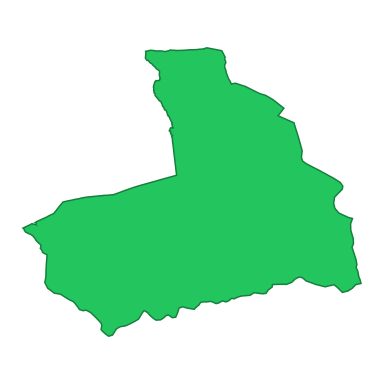 Naidas, Caras-Severin, Romania
{"feature_id": "2599482B94833013529411", "entity_name": "Naidas", "entity_type": "district", "adm_level": 2, "iso_a3": "ROU", "parent_name": "Romania", "parent_adm1": "Caras-Severin", "projection": "equal_earth", "projection_center": [21.557, 44.883], "detail": "fine", "context": "isolated", "style": "filled", "palette": "green", "viewbox_px": 384, "rotation_deg": 0, "n_neighbors": 0, "source": "geoboundaries", "source_scale": "gbopen_adm2", "svg_char_len": 4939}
<svg xmlns="http://www.w3.org/2000/svg" viewBox="0 0 384 384"><path d="M342.4,292.4L347.9,291.0L352.2,288.3L355.8,284.6L361.0,283.5L360.6,281.8L360.2,280.2L359.6,278.6L358.9,277.0L357.8,271.2L356.1,267.5L356.9,264.6L356.0,259.5L352.0,247.2L353.5,243.7L353.2,238.4L350.8,230.3L350.6,223.8L352.5,218.5L348.5,217.5L338.8,213.0L334.9,208.4L333.6,203.3L334.6,197.1L342.3,189.2L342.8,186.1L340.3,182.5L333.9,178.4L326.9,174.6L320.0,170.8L312.9,167.2L305.9,163.5L302.5,160.9L301.4,157.2L302.2,151.0L300.3,143.9L298.3,136.8L296.1,129.8L293.9,122.7L289.4,120.8L278.1,115.8L283.9,108.2L272.6,99.4L265.5,95.3L259.7,93.6L252.6,90.1L245.5,86.5L240.4,84.9L237.8,84.0L235.3,83.2L231.2,84.0L230.7,82.5L230.5,81.9L229.5,80.3L228.5,78.6L227.8,76.7L226.4,73.1L225.9,70.4L224.8,67.5L224.6,65.1L225.7,63.2L225.7,61.5L224.7,59.0L224.7,57.7L225.2,57.3L221.8,50.7L206.8,47.8L203.1,49.0L198.9,49.3L196.5,49.6L187.9,49.9L185.7,50.2L180.7,50.4L177.5,50.5L175.4,50.4L170.0,50.0L169.5,50.5L167.7,51.0L164.4,51.6L162.2,51.0L159.2,50.9L156.9,51.0L150.9,50.2L145.6,51.3L145.9,52.6L145.9,54.2L145.6,55.5L145.4,58.2L146.8,60.3L148.0,60.4L150.1,62.8L152.2,64.1L153.0,65.3L154.6,66.6L156.6,69.0L157.9,69.7L158.9,70.5L159.5,71.1L159.5,72.3L159.3,75.1L159.7,76.7L160.3,78.8L159.5,79.2L159.4,80.0L159.5,80.3L158.7,80.6L157.9,80.8L157.1,80.6L156.5,80.8L155.9,80.6L154.8,81.9L154.6,83.1L154.3,83.5L153.5,86.5L153.4,87.2L153.8,88.0L153.8,88.4L153.7,89.0L153.7,89.6L153.7,90.0L153.7,90.5L154.2,90.9L153.9,91.6L154.1,92.8L154.3,93.2L155.1,93.7L155.0,94.3L155.2,94.8L155.1,95.3L155.4,95.9L155.6,96.2L156.2,96.7L157.3,98.1L157.9,98.9L158.2,99.1L159.1,100.5L159.5,100.9L159.9,101.1L160.3,101.3L160.6,101.5L160.8,101.7L161.1,102.0L161.4,103.1L161.6,103.4L162.0,103.9L162.2,104.3L162.3,104.6L162.2,105.1L162.3,105.4L162.6,105.9L162.9,106.5L163.5,107.1L164.1,108.0L164.1,108.3L164.1,108.8L164.2,109.1L164.8,109.8L165.5,110.3L166.1,110.6L166.3,110.7L166.4,111.1L166.6,111.6L166.8,112.0L166.9,112.3L166.9,112.8L167.2,113.5L167.6,114.4L167.5,115.0L168.2,115.3L168.2,116.0L168.9,116.5L169.3,117.2L170.4,119.7L170.7,120.2L171.1,121.2L172.1,122.6L172.1,122.8L171.8,123.4L171.7,123.7L171.7,123.9L172.2,124.3L172.3,124.6L172.1,125.5L172.3,126.1L172.3,126.5L172.5,126.9L173.0,127.2L173.1,127.3L173.1,127.6L173.1,127.9L173.0,128.1L172.9,128.2L171.6,127.8L171.1,127.8L170.9,127.8L170.3,128.2L170.2,128.4L170.1,128.7L170.0,129.6L170.0,130.0L169.8,130.2L169.4,130.3L169.3,130.6L169.3,130.8L169.4,131.0L169.7,131.3L170.0,131.6L170.6,131.7L170.7,131.9L170.7,132.5L170.6,132.9L170.6,133.1L170.7,133.3L171.2,133.6L171.2,133.8L171.3,133.9L171.1,134.3L171.1,134.7L171.4,135.1L172.4,135.3L172.5,135.4L172.6,135.6L172.5,135.9L171.8,136.7L171.7,136.8L171.7,137.1L172.1,137.8L172.4,138.6L172.5,139.2L172.4,139.7L172.5,140.4L172.4,141.2L172.5,141.3L173.2,146.2L174.3,156.0L175.1,162.7L176.1,171.2L176.6,175.2L174.7,175.8L164.1,178.7L143.6,184.5L139.6,185.6L135.0,187.0L126.8,189.8L117.6,193.2L113.4,194.7L109.7,195.0L107.0,195.3L105.0,195.3L86.9,197.1L83.2,197.7L78.9,198.7L75.3,199.3L71.9,200.1L66.9,201.1L63.0,202.0L60.7,204.8L59.1,206.6L56.1,210.6L55.3,211.5L53.9,213.4L51.4,214.6L48.5,216.0L46.4,217.2L36.8,221.5L35.5,222.4L36.0,222.4L36.3,222.7L35.8,224.5L36.0,224.8L34.6,224.3L33.8,224.2L32.7,224.1L32.1,223.6L30.6,224.4L30.2,224.7L26.5,226.4L23.0,228.1L24.0,228.8L24.1,229.8L24.9,231.1L25.4,231.9L26.1,232.4L27.1,232.7L28.4,233.6L29.3,233.9L30.2,234.1L31.1,234.7L32.3,235.5L33.2,236.3L34.1,237.5L35.2,238.8L36.0,240.4L36.7,241.1L37.5,241.9L38.8,243.2L40.4,244.5L40.7,245.2L41.0,245.6L40.8,247.0L40.3,248.4L41.3,249.5L42.1,250.6L42.3,251.9L43.1,252.8L43.7,253.1L44.2,253.5L46.0,254.1L47.1,255.1L46.9,257.0L46.4,263.6L46.0,270.2L45.9,276.8L44.8,282.5L47.7,288.2L54.4,293.2L60.5,294.2L69.0,299.6L73.4,301.7L75.1,303.5L76.6,305.5L78.1,307.4L79.4,309.5L83.1,310.7L86.2,310.2L90.6,312.5L93.3,315.1L96.0,317.7L98.6,320.4L101.1,323.2L101.8,325.1L101.1,329.7L102.8,331.5L104.7,333.3L106.6,334.8L108.7,336.2L112.5,335.1L116.4,328.9L119.9,326.8L125.7,325.8L129.0,324.3L132.2,322.7L135.4,321.0L138.5,319.2L142.2,313.0L144.1,310.6L147.5,312.5L148.4,313.6L149.3,314.7L150.3,315.7L151.4,316.7L152.5,317.6L153.6,318.5L154.8,319.3L156.0,320.1L160.5,319.9L162.1,318.9L163.6,317.9L165.0,316.7L166.4,315.4L168.5,315.0L172.3,317.7L175.7,317.2L176.7,314.9L177.6,312.7L178.4,310.3L179.1,308.0L182.9,306.8L187.0,308.1L194.3,309.3L195.3,308.1L196.4,307.1L197.6,306.0L198.8,305.1L200.6,302.4L203.3,301.8L205.1,301.9L206.9,301.9L208.7,301.7L210.5,301.3L211.9,301.8L213.4,302.3L214.7,303.0L216.1,303.6L218.6,303.0L222.5,300.9L226.0,301.9L228.6,300.9L231.5,298.4L234.3,298.8L236.0,297.9L237.8,297.1L239.7,296.5L241.6,296.0L250.1,295.3L254.1,292.7L262.3,293.8L266.0,293.4L268.1,290.1L272.2,287.0L272.4,284.6L275.9,284.4L279.4,284.3L283.0,284.3L286.5,284.4L291.8,282.3L295.2,279.0L299.2,277.0L302.4,277.7L306.1,280.9L316.0,284.5L325.2,286.8L334.0,284.7L336.8,286.9L342.4,292.4Z" fill="#22c55e" stroke="#15803d" stroke-width="1.5"/></svg>